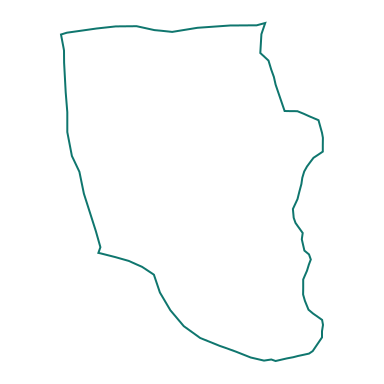 outline of Akoko South East, Ondo, Nigeria
{"feature_id": "59680162B2512996274201", "entity_name": "Akoko South East", "entity_type": "district", "adm_level": 2, "iso_a3": "NGA", "parent_name": "Nigeria", "parent_adm1": "Ondo", "projection": "equal_earth", "projection_center": [5.93, 7.423], "detail": "fine", "context": "isolated", "style": "outline", "palette": "teal", "viewbox_px": 384, "rotation_deg": 0, "n_neighbors": 0, "source": "geoboundaries", "source_scale": "gbopen_adm2", "svg_char_len": 1288}
<svg xmlns="http://www.w3.org/2000/svg" viewBox="0 0 384 384"><path d="M264.0,360.6L271.3,359.5L275.6,361.0L286.9,358.4L293.3,357.2L297.9,356.0L303.5,354.8L309.0,353.6L312.7,351.1L322.0,337.4L322.0,331.2L323.0,324.9L322.1,319.9L313.0,313.5L308.5,309.7L304.9,300.8L303.1,294.5L303.2,288.3L303.2,279.5L304.6,276.2L307.0,270.7L308.9,264.5L310.8,259.5L309.0,254.4L304.4,250.6L301.8,239.3L302.7,233.0L297.6,225.9L295.5,222.9L293.7,217.8L292.9,209.0L297.5,199.1L299.4,191.5L301.4,184.0L302.3,177.8L304.2,171.5L307.0,166.5L310.7,161.5L313.5,157.8L319.1,154.1L322.8,151.6L322.8,145.3L322.9,137.8L322.0,132.8L318.5,120.2L309.3,116.3L303.8,113.8L297.4,111.2L291.9,111.1L289.2,111.1L284.6,111.0L275.6,84.6L273.9,77.0L271.2,69.5L268.5,60.6L260.3,53.0L261.4,34.2L265.2,23.0L256.7,25.3L230.0,25.5L197.4,27.8L172.2,31.9L160.8,30.7L154.4,30.1L136.6,26.2L115.8,26.4L96.6,28.5L81.8,30.6L66.9,32.7L61.0,34.5L63.7,48.7L64.0,50.6L64.1,62.6L65.7,92.4L67.3,112.2L67.3,132.1L71.9,156.0L73.3,158.9L79.4,171.8L83.9,193.7L95.9,231.3L100.4,247.2L98.4,252.9L101.1,253.5L115.3,257.1L128.7,260.9L137.2,264.7L142.0,266.8L151.7,273.2L153.9,274.7L159.9,292.5L170.4,310.3L183.8,326.2L200.2,338.0L218.8,345.5L219.5,345.8L225.0,347.7L235.8,351.6L250.7,357.5L264.0,360.6Z" fill="none" stroke="#0f766e" stroke-width="2"/></svg>